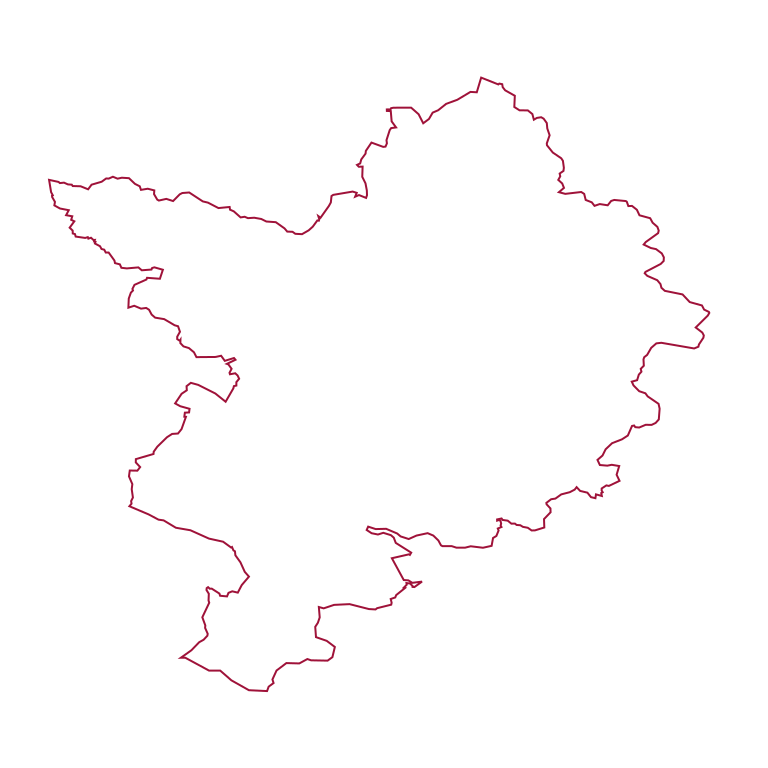 the district of Dragu, Salaj, Romania, rotated 358°
{"feature_id": "2599482B94978235506168", "entity_name": "Dragu", "entity_type": "district", "adm_level": 2, "iso_a3": "ROU", "parent_name": "Romania", "parent_adm1": "Salaj", "projection": "robinson", "projection_center": [23.405, 47.023], "detail": "fine", "context": "isolated", "style": "outline", "palette": "rose", "viewbox_px": 768, "rotation_deg": 358, "n_neighbors": 0, "source": "geoboundaries", "source_scale": "gbopen_adm2", "svg_char_len": 6125}
<svg xmlns="http://www.w3.org/2000/svg" viewBox="0 0 768 768"><g transform="rotate(358 384 384)"><path d="M263.2,679.0L262.2,675.4L266.6,666.6L276.7,659.5L289.6,660.3L297.8,656.2L301.5,657.6L318.0,658.5L322.9,655.2L325.7,645.1L317.8,638.7L307.2,634.6L306.8,624.3L309.6,620.3L311.6,615.0L311.1,604.6L315.9,606.1L326.4,603.0L341.9,602.8L361.1,608.4L367.7,609.0L369.3,607.8L383.5,604.8L384.0,602.9L383.2,599.1L387.8,597.7L388.8,595.4L397.9,588.6L396.7,588.2L399.7,585.4L399.5,583.7L403.1,584.3L405.9,587.3L404.6,587.7L407.3,588.0L415.1,582.8L405.4,583.7L401.5,581.1L396.9,580.6L385.8,558.4L403.0,555.1L403.9,555.7L405.3,553.5L390.2,543.2L388.4,537.9L385.6,535.3L378.1,532.7L372.7,534.2L366.4,532.7L361.6,529.3L363.2,526.0L370.6,528.7L381.1,528.8L392.0,533.9L395.3,536.9L403.3,539.8L411.2,536.6L422.4,534.6L428.0,537.2L432.9,542.3L435.3,547.2L436.8,548.1L446.0,548.4L450.7,550.1L459.3,550.4L465.0,549.2L477.2,551.1L485.9,549.5L487.6,541.7L491.0,539.8L493.4,534.4L492.7,532.4L496.4,531.0L495.6,529.4L496.2,527.7L495.7,525.0L494.3,523.9L492.3,524.5L492.3,523.3L496.8,522.5L497.8,524.0L502.9,524.9L506.4,528.0L510.0,528.1L511.6,529.5L515.3,529.9L517.8,531.6L522.7,532.7L526.4,535.5L529.6,535.6L539.2,533.0L539.2,524.6L546.0,518.0L546.0,514.2L542.3,509.9L542.1,508.5L547.0,505.0L551.3,504.5L557.3,500.5L565.9,498.6L570.9,496.2L572.9,493.8L576.3,497.7L583.5,499.7L586.9,504.3L591.3,505.5L592.0,501.7L597.8,503.5L597.3,500.6L598.8,499.8L597.8,498.1L597.9,496.0L602.7,493.1L605.2,493.7L616.0,489.0L613.3,482.8L616.2,474.2L608.8,472.7L604.3,473.4L596.9,472.5L594.7,467.3L599.9,463.1L603.2,457.0L609.9,451.1L619.9,447.6L625.9,444.0L630.4,434.6L632.5,434.2L633.6,435.9L637.5,436.4L644.1,433.9L650.0,434.2L654.1,432.4L657.4,429.0L658.6,418.3L657.7,413.4L647.1,405.6L644.9,402.4L638.8,400.1L633.3,394.1L631.7,390.3L637.1,389.0L639.0,383.5L641.7,380.7L641.1,377.8L644.3,374.8L644.2,368.4L645.0,366.3L648.0,364.1L652.3,357.2L657.6,352.9L662.6,352.5L695.2,359.3L699.5,357.7L700.1,355.5L704.8,348.9L705.3,346.6L703.9,343.7L697.5,338.4L710.0,326.9L711.6,324.3L711.2,323.3L706.5,320.8L704.5,316.6L692.4,312.8L685.5,304.9L667.9,300.7L664.6,297.5L663.8,293.8L660.7,289.8L650.9,285.1L648.4,282.4L649.2,281.1L664.7,273.7L667.8,270.8L668.1,267.2L666.2,263.2L660.6,258.7L655.4,257.4L648.4,253.7L650.5,251.3L663.2,242.8L663.9,240.3L662.7,236.5L658.1,232.2L655.8,227.6L645.2,224.3L642.8,218.7L638.1,214.7L634.4,214.7L633.0,210.3L632.0,209.6L620.5,208.1L617.4,209.0L613.8,213.2L605.9,211.7L600.6,213.3L598.0,209.7L592.0,207.1L590.7,201.0L587.8,199.0L571.8,200.3L565.5,198.4L570.7,194.3L569.1,189.8L565.3,186.1L567.4,182.6L566.9,179.8L570.8,177.3L571.3,174.2L570.6,167.2L569.0,164.6L560.8,158.6L555.2,151.1L555.1,149.2L558.2,141.2L556.1,134.3L555.8,128.9L552.8,124.4L550.4,122.9L546.1,123.4L543.0,125.1L541.7,119.4L537.3,115.6L529.0,115.2L523.9,111.7L524.8,100.5L515.3,94.7L513.0,91.5L512.6,88.5L509.7,87.8L508.7,88.6L491.8,81.2L486.9,95.7L480.6,95.1L467.2,102.5L455.9,106.2L447.7,112.3L442.1,114.5L438.2,120.7L432.3,124.8L428.0,115.6L420.8,108.8L403.1,108.2L400.7,108.6L400.1,109.8L396.4,109.7L396.4,111.2L400.3,111.5L400.8,121.8L405.0,128.0L400.1,128.5L398.6,130.4L395.0,140.4L395.3,143.6L393.8,146.8L391.5,147.0L379.9,142.3L374.0,150.4L373.6,153.1L369.1,158.8L367.9,162.7L364.7,164.1L366.4,166.0L370.2,166.0L369.5,176.2L372.5,182.8L373.6,190.0L373.6,194.7L372.6,197.4L365.6,194.3L361.7,195.8L363.4,192.0L359.4,190.6L339.9,193.2L338.1,194.3L337.2,200.7L335.1,204.2L326.4,215.6L324.2,213.9L325.1,217.1L324.6,218.5L323.1,218.2L318.3,224.3L314.1,227.8L307.3,231.4L300.6,230.8L297.9,228.7L292.6,228.3L290.0,225.0L281.5,218.5L272.1,217.5L267.1,214.8L260.1,213.3L253.8,213.5L250.6,212.0L246.5,212.5L239.9,206.2L236.2,204.4L235.9,201.7L224.7,202.4L214.4,196.6L209.3,195.2L196.0,185.8L189.1,186.1L186.5,187.3L179.6,193.8L172.9,191.4L165.4,192.8L163.8,191.8L160.8,186.2L161.2,182.5L154.7,180.6L147.9,181.5L146.8,177.9L142.1,175.3L136.3,169.4L129.2,168.7L124.9,169.5L120.3,167.4L116.1,169.1L113.5,168.9L108.9,172.0L98.7,174.6L95.1,179.1L87.7,175.8L79.8,175.3L78.9,173.9L75.1,173.5L71.2,171.6L67.1,171.9L65.8,170.7L56.4,168.3L58.0,180.7L59.6,183.9L58.8,184.3L58.9,185.6L61.5,190.5L60.8,194.0L66.3,197.3L75.0,199.3L72.2,204.2L78.3,205.5L77.1,209.0L80.2,210.6L75.3,216.8L78.2,219.8L78.2,222.7L80.4,223.4L81.0,225.9L90.5,227.6L93.1,226.9L93.6,228.4L96.3,227.6L98.7,230.0L100.0,229.9L99.3,231.5L100.6,231.8L100.0,233.5L105.0,236.4L106.4,239.2L109.1,240.0L110.5,242.9L113.4,243.0L118.9,251.2L119.4,253.8L124.2,255.2L125.6,258.7L131.0,259.5L142.6,258.9L145.9,261.9L155.6,261.5L156.3,260.0L158.6,259.4L167.0,262.1L163.7,271.0L150.9,269.6L150.2,271.3L138.1,276.2L135.9,280.2L136.4,281.8L134.2,283.9L131.9,289.7L131.2,298.8L137.1,297.1L143.8,300.2L149.0,299.7L151.8,301.6L154.2,306.5L157.6,309.7L166.6,311.5L176.8,318.0L180.2,319.1L181.9,324.7L179.0,329.5L178.9,331.9L181.4,333.7L182.1,332.7L181.9,336.0L184.9,339.4L190.3,341.3L195.2,345.7L197.5,350.6L216.6,351.1L222.2,350.1L225.7,355.3L235.0,352.8L236.4,354.6L227.7,358.4L229.2,359.0L232.2,363.5L230.0,367.4L230.4,368.9L235.7,368.1L238.0,370.4L239.4,373.7L236.5,377.0L236.4,380.4L233.9,380.9L233.3,383.1L225.1,396.2L215.1,387.6L198.3,378.4L191.0,376.1L186.6,379.3L186.7,383.4L181.4,386.7L174.6,396.1L179.6,399.1L188.8,402.0L188.2,405.6L184.0,405.7L183.3,409.7L184.9,409.9L180.1,422.0L176.4,426.3L170.5,426.5L165.3,429.6L155.3,438.7L151.5,443.6L151.2,445.9L133.4,450.4L133.2,453.7L137.4,458.5L134.5,462.0L126.9,461.6L125.9,467.4L129.0,475.3L128.2,480.3L129.1,488.7L127.2,492.2L127.5,494.8L125.3,497.3L144.2,506.1L153.9,511.7L159.0,512.6L171.0,520.4L185.4,523.4L203.7,532.4L217.7,536.0L225.5,542.1L226.4,541.6L227.7,545.0L229.2,546.0L229.5,550.0L234.3,557.2L238.3,566.9L242.3,571.8L234.8,580.0L230.6,587.4L225.1,585.9L221.3,587.3L219.7,590.8L212.8,589.9L212.2,587.7L204.7,582.5L202.7,582.5L201.1,580.9L199.7,581.8L199.4,583.7L201.6,587.5L201.1,594.3L201.7,596.5L194.3,610.8L197.0,619.1L196.7,621.5L199.1,627.5L198.7,629.4L194.8,633.3L190.3,635.6L182.2,643.4L171.4,650.5L175.8,650.6L199.1,664.3L210.3,664.7L221.1,674.8L238.3,685.3L256.4,686.8L258.2,682.4L263.2,679.0Z" fill="none" stroke="#9f1239" stroke-width="2"/></g></svg>